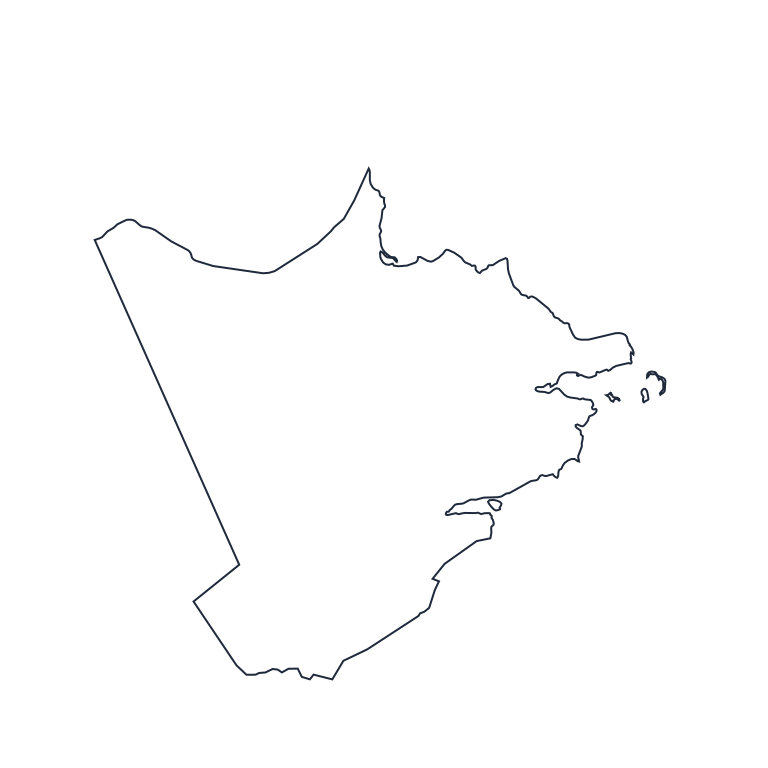 Mangghystau, Robinson projection, rotated 157°
{"feature_id": "KAZ-3236", "entity_name": "Mangghystau", "entity_type": "Region", "adm_level": 1, "iso_a3": "KAZ", "parent_name": "Kazakhstan", "parent_adm1": "", "projection": "robinson", "projection_center": [52.321, 43.87], "detail": "fine", "context": "isolated", "style": "outline", "palette": "slate", "viewbox_px": 768, "rotation_deg": 157, "n_neighbors": 0, "source": "natural_earth", "source_scale": "10m", "svg_char_len": 6170}
<svg xmlns="http://www.w3.org/2000/svg" viewBox="0 0 768 768"><g transform="rotate(157 384 384)"><path d="M557.0,635.7L554.5,634.9L552.3,633.8L550.6,632.6L549.3,631.0L547.0,626.1L546.0,624.4L544.8,623.1L539.8,620.0L537.0,617.7L534.5,615.0L524.1,598.4L512.2,583.8L511.3,582.0L510.9,580.1L511.0,578.0L511.3,576.3L511.3,574.7L510.5,572.8L508.6,570.6L495.1,559.3L452.1,533.2L446.4,531.3L440.5,530.6L390.6,539.0L373.3,545.3L368.8,547.7L356.5,551.7L339.7,564.6L313.9,588.3L313.8,586.4L314.4,584.2L317.4,577.2L318.1,573.5L317.6,569.6L316.8,567.6L315.8,566.0L314.2,564.7L313.6,563.9L313.3,562.7L313.9,559.4L313.8,558.4L313.4,557.5L311.1,555.0L312.0,553.7L312.7,551.9L313.2,549.9L313.3,548.1L313.8,546.6L317.6,544.5L321.4,537.7L326.2,531.5L326.6,530.6L326.8,529.5L326.7,526.4L327.0,525.6L329.4,523.5L330.0,522.5L330.3,521.7L330.5,519.3L331.8,515.4L332.6,511.9L332.6,508.4L331.6,504.7L329.6,500.6L328.1,498.3L324.7,496.4L323.8,494.2L323.8,492.2L324.6,491.4L325.2,492.5L325.8,494.5L326.6,496.5L331.6,499.4L332.0,500.1L332.3,501.3L332.7,501.3L333.8,504.9L334.6,506.6L335.3,507.3L336.2,506.6L337.0,504.6L337.7,502.3L338.0,500.4L337.3,496.1L335.5,493.3L332.6,491.7L328.9,491.4L328.6,489.0L324.6,486.7L316.5,484.0L307.6,483.5L306.6,483.7L304.7,484.8L303.0,487.5L300.9,486.7L295.7,480.2L292.8,478.2L291.0,478.0L284.1,479.0L278.9,480.8L276.0,482.6L274.3,483.2L272.7,482.5L268.1,477.5L264.1,471.2L263.3,469.7L262.5,466.1L261.7,464.2L258.0,460.4L257.0,458.4L254.9,457.9L254.2,457.6L253.8,456.3L254.5,454.7L254.8,453.6L254.5,451.8L253.6,449.8L252.3,448.7L249.2,450.1L245.4,449.9L243.6,450.3L241.9,452.0L241.1,452.3L237.3,450.9L230.1,452.3L222.9,452.3L221.9,451.3L222.2,449.1L225.0,441.2L225.8,437.1L226.4,424.4L226.1,422.5L223.3,417.1L222.8,413.2L221.7,411.8L218.6,409.8L218.0,408.2L217.7,406.8L217.1,406.6L215.3,407.2L213.7,406.8L212.6,405.9L210.6,403.3L203.5,389.7L202.8,388.0L202.4,385.4L201.0,383.3L201.2,380.3L201.0,379.3L200.4,378.3L198.1,376.4L197.6,375.6L197.0,373.8L195.8,372.1L194.9,370.2L194.1,369.4L193.3,369.0L191.6,368.5L191.0,368.0L190.3,366.7L191.0,363.7L190.7,355.7L190.0,352.1L188.0,349.6L184.9,347.6L178.3,344.9L151.0,340.3L147.4,338.9L145.8,337.9L144.1,336.5L142.7,334.7L142.1,332.6L142.7,328.3L142.8,326.2L142.2,324.3L142.8,323.6L142.0,321.9L141.7,318.7L141.9,315.5L142.9,313.7L144.2,316.5L145.3,315.2L146.1,312.5L146.4,311.1L147.2,310.6L147.4,308.0L147.7,307.0L148.7,306.4L149.4,306.6L150.9,307.8L163.1,309.9L166.8,309.7L170.5,308.5L172.4,308.5L173.2,310.1L174.4,310.4L181.2,310.4L182.4,311.5L183.2,311.9L184.1,311.4L185.0,309.7L185.4,309.2L186.3,309.1L190.3,309.2L192.3,309.6L194.0,310.4L196.7,312.7L199.0,315.3L199.8,315.7L201.7,315.5L202.5,315.7L203.0,316.5L202.8,317.1L202.2,317.5L201.4,317.7L202.7,319.3L204.7,320.5L211.0,323.2L213.2,323.5L215.5,323.5L217.8,322.9L219.6,322.1L223.7,318.3L224.3,317.4L224.8,317.0L227.2,317.0L230.5,316.2L231.7,316.3L231.1,319.4L233.4,320.0L238.7,319.0L243.9,321.2L245.6,321.0L246.7,319.8L246.3,318.4L245.2,317.2L244.0,316.3L239.4,314.0L236.2,311.4L234.4,311.2L230.7,312.3L226.9,312.7L224.8,311.0L222.2,303.8L220.4,300.9L217.8,298.8L211.6,295.1L209.7,293.3L206.9,293.0L206.1,292.7L205.8,292.1L204.9,291.3L200.0,288.5L199.4,286.9L199.2,284.7L199.6,282.7L201.5,281.5L201.8,280.7L201.9,279.8L201.6,279.2L200.8,278.6L198.8,278.3L198.4,277.2L199.2,275.7L201.0,274.7L203.0,274.1L204.6,273.9L206.5,274.1L207.4,274.0L208.5,273.2L210.0,271.3L210.7,270.6L214.0,268.6L215.9,267.7L217.6,267.4L218.9,268.2L221.8,271.2L223.5,271.3L224.2,270.1L223.7,268.3L221.6,265.0L221.3,264.0L222.4,260.8L222.3,260.2L221.4,258.2L222.9,255.3L225.2,252.1L225.7,250.7L226.4,249.1L233.3,241.9L234.0,240.4L234.3,238.2L234.7,236.4L235.8,237.3L237.9,240.5L240.8,241.7L244.6,241.7L248.4,240.8L251.1,239.2L253.5,236.9L254.2,236.5L256.0,236.6L256.7,236.2L257.9,234.6L259.8,231.0L261.2,230.0L262.2,230.9L263.0,232.2L263.6,233.6L263.9,235.0L270.5,235.9L271.7,236.4L273.8,238.2L275.3,238.6L276.6,238.2L279.1,236.4L280.6,235.9L282.3,236.1L285.5,237.0L287.2,237.2L311.1,234.6L314.4,235.4L320.0,234.6L323.7,235.4L336.7,240.5L344.5,241.5L348.3,243.3L350.2,243.8L357.4,243.1L359.4,243.5L363.7,244.9L365.6,245.1L367.2,244.6L370.4,242.9L372.7,242.3L374.1,241.2L376.2,241.8L377.4,240.9L377.9,240.2L377.8,239.2L376.3,238.4L368.2,237.0L366.6,235.3L365.9,234.9L363.5,234.6L359.9,233.7L350.2,229.4L348.3,229.0L347.6,228.7L345.6,226.5L344.9,226.2L342.0,225.8L338.2,224.3L337.0,223.5L337.3,222.3L336.4,220.8L336.6,219.9L337.3,218.9L337.3,218.2L336.9,216.6L337.1,214.4L337.5,212.6L338.4,211.5L339.8,211.1L341.1,210.4L342.0,208.7L343.2,205.2L346.4,200.4L360.1,203.2L398.4,194.8L415.4,185.7L410.5,180.9L417.7,174.5L429.9,160.3L436.0,158.6L440.4,158.8L443.0,157.0L503.1,146.3L529.5,145.1L547.0,132.3L562.4,144.0L567.6,141.1L574.1,146.5L574.6,155.7L583.2,159.2L590.7,158.4L593.4,162.6L597.9,165.2L605.9,164.8L611.9,166.8L615.8,166.6L624.2,170.1L629.7,182.6L644.3,258.2L587.9,274.2L594.0,629.6L588.6,629.2L586.0,629.4L578.9,632.5L571.6,633.5L567.0,635.2L557.0,635.7ZM333.4,229.8L334.2,233.0L334.2,235.0L332.2,235.8L328.4,234.5L325.4,232.3L323.3,230.1L322.6,228.0L323.7,226.5L325.8,225.1L326.1,224.3L325.9,223.7L326.3,223.3L329.0,223.5L330.5,223.9L331.9,225.6L333.4,229.8ZM137.9,290.1L135.8,291.3L133.3,291.1L130.9,289.8L129.7,288.8L129.3,287.9L129.2,286.8L128.8,285.2L128.0,283.8L125.1,281.2L123.7,278.8L123.8,276.8L128.2,268.2L129.0,267.4L130.2,266.9L133.8,266.1L133.6,267.7L129.1,270.0L127.9,272.3L127.6,273.6L126.5,276.0L126.2,277.5L126.5,279.1L127.1,280.4L128.1,281.0L129.3,280.5L129.3,283.0L129.6,285.3L130.4,287.1L133.1,288.0L134.5,289.1L135.7,289.1L138.2,287.4L139.4,287.1L137.9,290.1ZM145.0,272.7L146.4,266.9L147.3,266.2L150.5,266.1L151.6,265.5L152.0,265.6L152.3,266.7L151.6,268.7L151.1,269.6L150.5,270.0L150.2,270.5L150.7,274.2L150.0,276.3L148.4,277.6L146.6,278.0L145.3,277.2L144.7,275.0L145.0,272.7ZM181.9,283.8L183.7,286.8L182.1,286.4L181.1,286.7L180.0,287.2L178.8,287.4L178.5,286.8L179.2,285.8L179.2,285.2L178.4,285.0L178.2,284.4L178.5,283.4L178.0,282.2L174.5,280.1L173.4,278.4L173.5,276.9L174.1,276.8L174.7,278.2L175.9,279.6L177.4,279.9L178.5,279.4L179.7,278.1L180.1,278.2L180.7,279.3L181.2,279.4L181.7,280.5L181.9,283.8Z" fill="none" stroke="#1e293b" stroke-width="2"/></g></svg>